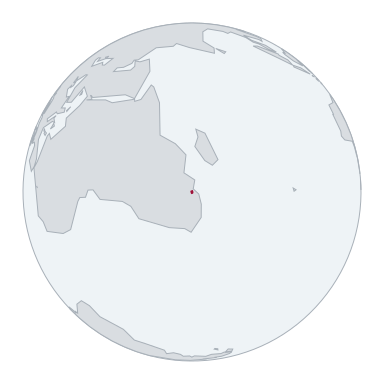 globe centered on Hhohho, rotated 310°
{"feature_id": "SWZ-534", "entity_name": "Hhohho", "entity_type": "District", "adm_level": 1, "iso_a3": "SWZ", "parent_name": "eSwatini", "parent_adm1": "", "projection": "orthographic", "projection_center": [31.368, -26.096], "detail": "fine", "context": "on_globe", "style": "filled", "palette": "rose", "viewbox_px": 384, "rotation_deg": 310, "n_neighbors": 0, "source": "natural_earth", "source_scale": "10m", "svg_char_len": 5192}
<svg xmlns="http://www.w3.org/2000/svg" viewBox="0 0 384 384"><g transform="rotate(310 192 192)"><circle cx="192" cy="192" r="169" fill="#eef3f6" stroke="#a8b0b8"/><path d="M24.0,173.7L24.9,171.4L25.0,176.2L24.7,181.2L25.6,179.7L25.7,182.3L32.1,175.9L37.6,177.1L39.0,186.5L37.3,201.6L42.7,227.7L41.5,243.0L45.9,253.8L53.1,272.6L51.8,276.4L57.0,281.2L60.2,287.5L60.6,290.9L64.9,295.6L65.4,298.0L68.0,299.2L75.0,308.2L80.2,311.3L86.9,318.1L90.2,319.6L90.5,320.6L92.4,322.5L94.6,323.9L92.8,324.8L85.3,320.3L80.8,316.4L81.1,317.3L71.0,307.6L73.5,310.6L61.9,298.9L52.9,287.3L39.4,264.5L34.1,252.2L29.9,239.6L26.6,226.7L24.4,213.6L23.2,200.3L23.1,187.0L24.0,173.7ZM97.9,324.2L93.9,325.3L95.2,324.3L91.0,320.4L95.0,320.6L97.9,324.2ZM87.7,313.4L85.9,310.0L86.9,310.1L88.5,312.5L87.7,313.4ZM175.6,23.8L173.9,24.0L172.1,24.3L173.6,24.3L166.8,26.1L161.6,27.1L161.2,26.1L153.8,27.6L156.2,26.9L175.6,23.8ZM347.1,125.0L347.6,126.0L345.0,120.5L345.2,122.0L352.7,141.7L353.8,146.0L352.4,148.8L351.8,145.3L345.2,130.6L346.5,140.0L351.6,154.0L353.4,166.7L350.6,159.3L348.4,148.1L346.1,142.6L344.9,133.9L339.4,118.7L336.5,117.5L334.9,112.5L327.0,99.1L321.7,97.3L314.6,103.5L316.5,116.3L312.7,120.0L301.0,97.2L295.8,84.7L291.6,84.0L279.5,71.9L258.8,65.9L255.8,62.9L251.9,63.3L243.5,59.4L239.0,54.9L233.8,54.5L245.9,66.6L251.4,67.4L255.9,64.2L258.3,68.5L266.4,73.9L257.4,82.2L226.6,87.9L223.6,78.4L200.5,55.1L201.2,53.0L201.1,52.7L200.8,52.3L198.7,55.8L194.7,52.0L207.0,66.6L209.1,73.5L226.2,88.4L224.6,89.8L230.1,93.4L247.8,92.0L247.9,95.2L239.5,109.7L215.0,131.0L218.3,148.2L216.6,163.5L201.5,173.5L203.0,186.4L195.2,190.9L194.8,198.5L188.7,206.9L178.4,215.4L160.6,217.2L159.3,210.0L150.1,197.5L137.4,168.5L141.7,154.4L140.0,144.7L127.2,126.3L130.0,114.8L126.6,111.1L119.5,113.8L115.6,109.6L111.4,110.6L85.2,123.2L77.4,120.0L68.7,106.3L73.6,97.1L74.9,89.6L108.9,55.4L115.7,54.0L142.0,45.1L145.2,45.1L141.6,50.0L161.0,52.8L167.8,48.2L185.8,50.4L198.1,50.3L203.3,42.0L183.2,41.9L180.2,38.4L196.7,35.3L214.4,36.6L213.8,35.4L203.0,32.1L207.5,30.6L199.3,31.1L202.3,32.2L197.3,32.8L194.3,31.9L195.9,31.2L190.7,30.7L184.0,34.7L186.3,36.4L172.4,37.9L174.9,40.9L171.0,42.8L165.3,38.5L166.2,36.7L155.1,34.1L152.9,35.9L163.2,38.8L159.8,38.8L156.9,42.1L156.4,39.7L145.8,36.8L133.6,40.6L117.2,51.7L110.2,54.7L104.6,55.6L111.4,47.3L126.3,41.6L128.8,39.3L126.5,38.3L131.2,36.9L132.1,36.0L137.8,34.3L146.5,30.8L152.4,29.4L156.4,27.4L160.0,26.6L156.6,27.9L157.3,28.3L172.1,26.2L175.1,25.6L176.5,24.7L180.4,24.6L179.9,24.0L188.7,23.5L177.6,23.9L179.0,23.5L180.2,23.5L192.5,23.0L204.7,23.5L216.9,24.9L228.9,27.1L240.8,30.2L252.4,34.2L263.6,39.0L274.5,44.6L285.0,50.9L295.0,58.1L304.4,65.9L313.3,74.3L321.5,83.4L329.0,93.1L335.8,103.3L341.8,113.9L347.1,125.0ZM96.8,69.0L95.7,71.1L96.8,69.0ZM233.0,43.4L243.6,45.6L238.9,40.4L242.6,41.0L239.7,39.2L238.5,40.1L231.3,35.7L235.9,35.6L234.7,34.1L231.0,33.3L223.8,34.4L234.0,40.3L231.6,41.7L233.0,43.4ZM131.3,34.5L133.0,34.0L130.5,35.2L123.0,38.2L126.6,36.4L131.3,34.5ZM136.0,33.2L137.7,32.0L142.4,30.5L139.4,31.5L142.4,30.6L138.5,32.0L141.3,32.1L139.3,33.3L126.6,37.5L131.9,35.3L129.9,35.7L136.0,33.2ZM149.2,43.0L151.7,42.7L155.8,41.9L154.0,44.2L149.2,43.0ZM141.7,41.0L144.1,40.3L143.6,42.6L140.9,43.1L141.7,41.0ZM145.8,38.1L144.2,40.0L143.5,39.3L145.8,38.1ZM158.8,27.4L161.3,26.9L161.4,27.0L159.8,27.6L158.8,27.4ZM199.7,43.2L195.9,44.7L194.1,43.9L195.8,43.6L199.7,43.2ZM173.7,43.6L179.4,44.3L173.2,44.3L173.7,43.6ZM260.1,266.9L260.6,270.3L258.2,269.7L260.1,266.9ZM245.4,164.1L233.5,191.1L225.6,190.4L224.3,181.6L228.7,164.9L238.0,161.2L242.6,154.5L245.4,164.1ZM358.5,214.1L358.4,217.5L358.3,218.1L358.5,214.1ZM358.7,208.8L358.9,212.1L358.3,209.9L358.7,208.8ZM358.9,213.4L359.1,215.1L359.2,215.3L359.0,216.6L358.9,213.4ZM358.3,206.8L355.1,195.8L353.3,189.8L354.1,188.1L357.0,195.5L358.3,206.8ZM353.9,187.7L350.6,174.1L343.1,145.0L345.8,148.2L353.1,169.3L352.7,171.0L354.8,180.6L353.9,187.7ZM360.1,175.4L360.3,178.2L360.8,186.5L360.3,189.7L359.8,195.9L358.4,189.2L357.6,185.4L357.0,174.9L357.3,171.6L358.2,173.9L359.3,168.2L359.8,172.5L360.1,175.4ZM317.2,117.9L321.1,127.7L318.8,127.7L317.2,117.9ZM349.1,129.9L348.3,128.3L347.5,126.2L348.0,127.1L349.1,129.9ZM303.3,319.1L302.2,320.1L303.3,319.0L309.6,313.3L307.9,314.9L303.3,319.1ZM314.0,308.9L313.9,309.0L317.6,304.8L325.5,295.5L325.0,295.8L328.1,292.1L326.1,294.2L330.7,287.8L333.9,282.2L330.1,275.6L330.9,270.5L334.3,266.8L342.2,249.5L342.3,250.9L346.7,240.9L351.1,242.5L355.3,234.7L354.0,240.1L349.6,252.8L344.3,265.1L338.1,276.9L330.9,288.2L322.9,298.9L314.0,308.9ZM358.3,221.8L358.2,221.6L358.6,220.3L358.3,221.8ZM360.9,196.9L360.9,197.2L360.3,206.7L360.1,208.5L360.8,198.4L360.2,205.4L360.1,203.6L360.6,196.0L360.9,189.6L360.9,188.1L361.0,190.5L360.9,189.8L360.9,195.2L360.9,195.6L360.9,196.9Z" fill="#d9dde1" stroke="#a8b0b8" stroke-width="1"/><path d="M192.1,190.9L192.2,191.0L192.4,191.1L192.7,191.3L193.0,191.5L192.9,191.6L192.8,192.1L192.7,192.2L192.5,192.3L192.4,192.3L192.3,192.5L192.2,192.5L191.9,192.6L191.8,192.8L191.7,192.8L191.7,193.0L191.4,193.0L191.2,192.9L190.8,192.6L190.9,192.3L191.1,192.0L191.3,191.7L191.6,191.2L191.8,191.0L192.0,190.9L192.1,190.9Z" fill="#f43f5e" stroke="#9f1239" stroke-width="1.5"/></g></svg>